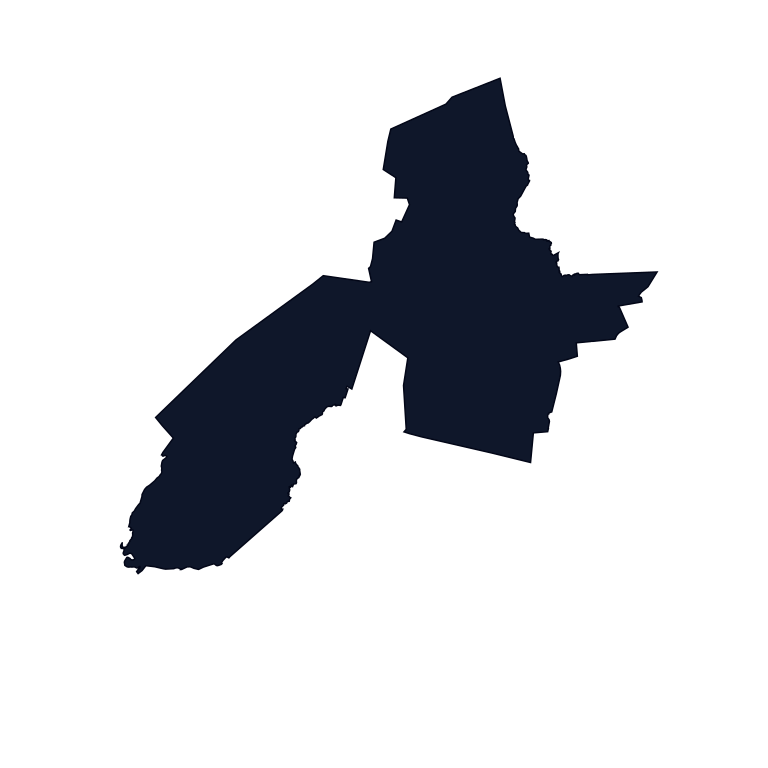 the district of Twenterand, Overijssel, Netherlands, rotated 311°
{"feature_id": "6326949B38031413121416", "entity_name": "Twenterand", "entity_type": "district", "adm_level": 2, "iso_a3": "NLD", "parent_name": "Netherlands", "parent_adm1": "Overijssel", "projection": "natural_earth1", "projection_center": [6.573, 52.439], "detail": "fine", "context": "isolated", "style": "filled", "palette": "ink", "viewbox_px": 768, "rotation_deg": 311, "n_neighbors": 0, "source": "geoboundaries", "source_scale": "gbopen_adm2", "svg_char_len": 6105}
<svg xmlns="http://www.w3.org/2000/svg" viewBox="0 0 768 768"><g transform="rotate(311 384 384)"><path d="M647.7,516.6L603.5,469.5L600.9,467.0L599.8,465.7L600.1,465.5L594.8,459.9L594.7,459.0L595.0,457.8L593.6,456.7L591.6,456.4L592.1,455.8L591.6,455.5L590.8,455.6L590.4,455.1L588.5,455.3L588.6,454.8L587.9,453.5L588.0,452.4L587.5,451.6L586.2,450.6L585.1,450.3L585.1,449.4L584.0,448.6L582.2,448.2L581.9,447.8L582.2,446.7L583.1,445.6L583.3,444.0L583.1,443.4L583.6,442.7L584.4,442.7L584.8,441.3L585.5,440.9L586.9,439.4L586.0,438.2L587.2,436.2L588.6,435.0L588.4,434.1L589.5,433.7L589.7,434.0L590.8,434.1L591.2,434.5L591.7,434.2L592.3,434.2L593.1,432.9L594.4,431.6L596.5,429.8L597.5,429.5L592.2,427.5L591.7,426.7L592.2,425.9L591.6,425.0L592.1,424.6L592.2,423.9L593.7,423.1L593.9,422.6L593.7,422.0L593.9,421.5L593.8,421.2L594.3,420.8L594.1,420.2L594.3,419.9L594.7,419.8L595.4,420.1L595.9,419.4L596.9,418.6L598.3,418.8L598.5,418.3L599.9,418.1L600.5,417.4L600.3,415.6L600.0,415.3L600.5,414.4L599.2,413.5L599.5,413.4L599.3,412.9L599.5,412.3L599.1,411.4L597.5,409.6L597.7,409.0L592.5,403.3L592.0,401.0L590.6,398.0L590.5,397.3L592.8,394.3L591.0,392.5L590.4,391.4L590.4,390.7L588.6,388.5L588.3,387.3L588.5,386.4L588.4,385.0L589.5,382.3L589.3,381.1L589.4,379.9L589.8,378.9L590.3,378.4L590.1,377.7L591.9,376.8L592.0,376.0L594.7,374.4L595.4,373.7L595.7,372.0L597.0,370.0L600.3,369.9L602.9,368.0L605.8,367.6L606.9,366.8L608.2,365.4L611.8,363.7L615.4,363.9L626.5,361.4L628.4,361.8L629.2,361.4L632.7,360.6L633.1,360.3L632.6,359.3L633.6,358.2L636.8,356.4L636.7,355.2L638.1,353.5L638.6,351.2L639.0,350.4L641.5,349.4L643.0,347.7L645.2,348.1L645.6,347.7L646.5,345.4L648.1,343.5L649.2,342.0L649.6,341.1L649.4,339.8L649.8,338.8L648.6,337.7L648.2,333.1L650.0,330.9L650.1,329.8L650.6,329.0L651.1,327.2L652.5,324.3L654.4,321.1L654.3,320.4L655.8,318.9L673.6,292.9L690.9,271.0L645.1,247.2L635.8,247.1L580.9,221.9L569.7,227.7L545.4,242.7L547.5,257.6L531.3,269.6L539.6,279.6L536.1,285.6L517.9,291.0L515.7,285.6L504.5,289.8L494.5,288.9L484.5,283.5L471.1,293.1L463.7,296.8L461.2,296.5L453.1,307.4L451.1,306.2L425.9,267.1L412.6,264.7L320.2,243.4L208.9,233.6L207.1,244.0L205.0,260.5L187.5,262.0L184.7,262.6L185.1,263.1L184.5,263.6L184.4,264.2L185.0,264.9L186.5,265.5L187.0,267.4L186.9,267.7L185.2,267.9L181.1,267.1L179.4,267.7L175.9,269.8L174.8,271.4L172.9,272.8L172.0,274.0L170.5,274.7L168.4,274.7L166.7,275.0L164.1,274.4L160.5,274.5L153.8,273.5L150.4,272.5L147.4,272.5L141.9,273.9L140.2,275.2L133.9,278.1L132.3,277.9L127.0,278.3L124.3,278.9L121.6,278.6L119.8,279.6L118.0,279.7L115.3,281.1L113.6,282.3L112.7,283.1L109.0,284.9L109.3,285.1L109.4,287.9L109.0,288.2L107.2,288.1L107.1,288.7L109.0,289.9L109.1,290.2L108.9,290.7L108.3,291.2L106.6,292.0L105.1,293.5L103.4,294.4L102.6,294.4L102.5,294.9L99.0,295.0L98.7,295.4L95.3,295.9L94.6,296.5L94.0,296.0L93.5,296.7L92.6,296.6L92.2,296.1L90.4,296.2L90.4,295.1L89.5,294.5L89.6,293.6L90.5,292.1L92.3,290.7L92.2,290.6L90.1,291.0L88.7,291.6L87.9,292.5L87.9,293.2L87.6,293.6L88.9,295.3L89.0,296.0L87.9,297.0L85.4,298.0L84.8,298.6L84.5,300.3L84.6,300.7L86.9,302.1L89.4,303.1L90.1,304.0L90.3,304.7L90.3,305.3L89.0,310.0L88.6,310.5L88.3,310.6L87.0,310.3L86.0,309.4L85.4,308.0L85.7,306.9L85.3,304.9L85.1,304.3L84.4,303.7L80.4,304.4L79.2,304.9L77.1,307.4L77.4,309.8L77.8,310.7L78.5,311.7L79.3,312.3L80.5,313.9L82.2,315.5L83.0,318.2L84.0,318.9L85.8,319.1L86.1,319.4L85.8,320.1L85.1,320.4L84.0,320.4L83.1,320.1L80.1,320.4L79.6,322.8L84.5,323.8L90.1,323.5L90.8,323.7L95.7,330.9L99.8,338.7L101.0,340.6L106.8,346.6L107.8,347.0L109.5,348.3L110.4,349.7L110.5,350.8L111.0,352.2L111.5,352.6L110.9,352.6L111.2,352.9L116.8,355.4L118.7,357.4L119.2,358.3L120.2,361.5L122.4,365.7L127.3,367.8L136.5,373.4L137.0,374.3L137.0,375.9L137.3,377.1L137.9,377.7L139.2,378.5L141.0,379.5L142.2,379.6L142.3,378.7L145.0,378.2L149.3,378.3L150.4,378.7L151.0,381.0L152.7,381.0L221.2,390.2L222.2,390.1L223.1,389.7L222.4,388.9L222.4,388.4L223.4,387.7L224.1,387.5L226.7,387.7L227.8,386.9L228.4,387.0L228.7,388.0L230.2,388.6L231.9,388.2L233.3,389.4L235.2,388.3L236.9,388.3L236.7,387.3L237.0,385.6L236.8,385.2L238.7,384.5L238.3,383.3L238.9,382.9L240.4,383.3L241.5,382.6L242.2,382.4L242.8,381.4L244.3,379.9L244.6,380.1L244.3,380.7L244.6,381.2L245.6,381.1L246.3,380.6L247.0,380.5L247.0,380.8L246.5,381.5L246.6,382.3L249.1,381.4L251.1,383.0L252.1,382.7L253.5,381.3L254.7,380.6L256.5,380.6L256.8,380.9L257.5,381.1L258.8,380.6L259.4,380.6L259.3,380.0L259.5,379.9L260.1,380.2L260.9,380.1L263.7,376.8L264.4,376.3L264.4,375.6L264.8,374.8L265.1,373.3L265.8,372.3L265.7,371.6L265.9,370.3L266.5,368.7L266.9,368.3L265.0,367.5L266.2,365.7L266.9,363.9L269.7,362.2L275.0,359.8L276.6,359.2L277.7,359.2L278.4,358.9L278.8,357.5L280.9,357.2L282.5,356.5L282.6,354.9L282.3,354.1L282.5,353.6L283.5,353.7L283.8,353.0L284.8,352.3L286.3,352.1L288.6,350.3L289.6,350.2L290.4,349.8L291.3,350.4L292.2,350.5L293.1,350.2L294.3,349.3L295.7,350.1L296.2,349.8L297.0,350.0L297.4,349.8L298.0,350.5L299.0,350.4L300.4,351.4L301.4,350.8L303.0,351.4L303.7,351.3L304.2,351.9L304.8,352.3L306.9,352.6L310.0,352.7L312.1,353.2L313.1,353.2L313.9,353.6L313.9,355.2L314.2,355.2L315.2,355.7L316.8,355.9L320.3,357.3L321.0,357.1L322.2,356.2L322.9,355.9L324.3,356.3L325.7,355.8L329.0,355.8L330.8,356.8L332.5,359.1L333.2,359.4L334.0,359.2L336.7,360.5L336.9,360.8L336.8,361.2L335.9,361.4L336.0,362.2L337.8,363.1L339.3,365.2L340.1,364.8L340.3,365.0L347.1,362.1L348.1,363.7L356.6,360.1L355.5,358.5L357.8,357.5L358.1,357.6L359.1,363.0L415.4,338.9L419.4,384.8L395.7,399.7L364.4,430.5L361.0,430.5L363.3,435.9L368.7,446.9L402.8,510.9L420.9,546.1L445.1,528.8L455.4,538.8L458.2,537.3L458.1,537.1L464.3,533.4L465.3,532.1L466.0,529.5L467.9,528.0L469.0,527.6L469.5,528.0L470.5,527.5L473.0,528.9L489.6,520.5L506.3,511.4L509.4,509.0L511.5,506.8L513.5,504.1L514.9,501.0L524.6,507.4L531.8,511.7L541.2,502.1L551.9,512.3L552.5,512.6L553.1,513.5L569.4,528.9L573.0,527.8L576.2,527.7L578.4,528.2L587.0,530.9L595.9,512.2L596.3,511.0L596.0,510.0L596.5,509.6L615.3,524.9L616.4,523.8L618.0,521.5L617.2,518.5L619.1,518.1L622.1,517.9L630.6,519.4L647.7,516.6Z" fill="#0f172a" stroke="#020617" stroke-width="1.5"/></g></svg>